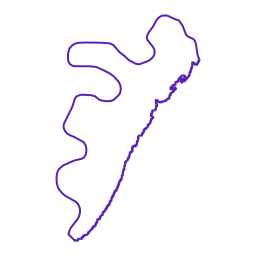 Nigua, San Cristóbal, Dominican Republic (Mercator projection)
{"feature_id": "3306468B31162099816687", "entity_name": "Nigua", "entity_type": "district", "adm_level": 2, "iso_a3": "DOM", "parent_name": "Dominican Republic", "parent_adm1": "San Cristóbal", "projection": "mercator", "projection_center": [-70.067, 18.358], "detail": "fine", "context": "isolated", "style": "outline", "palette": "violet", "viewbox_px": 256, "rotation_deg": 0, "n_neighbors": 0, "source": "geoboundaries", "source_scale": "gbopen_adm2", "svg_char_len": 5802}
<svg xmlns="http://www.w3.org/2000/svg" viewBox="0 0 256 256"><path d="M178.8,20.3L174.9,19.2L168.2,16.0L165.8,15.4L161.8,15.8L159.6,16.9L157.7,18.6L156.2,20.6L153.2,26.3L148.5,32.8L146.9,36.3L146.8,37.5L147.4,39.9L152.9,46.9L154.2,49.3L154.7,51.9L154.3,54.6L153.2,56.8L150.5,59.5L148.3,60.9L140.5,63.9L138.2,64.2L135.9,63.8L128.8,60.1L124.9,56.3L119.4,52.1L113.4,45.0L109.8,43.4L100.9,42.7L83.7,42.5L77.7,42.9L74.8,43.8L72.6,45.1L70.7,46.9L69.2,49.1L68.1,53.1L67.9,58.4L68.7,62.2L70.2,64.4L72.5,65.7L75.1,66.2L89.8,66.3L95.7,66.9L98.3,67.8L108.9,72.9L113.6,76.2L118.5,81.6L120.4,85.4L120.8,89.4L120.1,93.1L118.8,95.0L113.6,99.9L110.1,101.1L105.0,101.1L101.3,100.4L99.1,99.5L94.9,96.2L91.0,95.2L82.4,94.7L79.7,95.1L77.2,96.1L76.1,96.9L74.8,98.9L72.2,107.1L64.3,123.0L63.6,125.4L63.7,128.1L65.3,131.6L67.1,133.4L69.1,134.8L75.0,137.4L83.5,142.1L85.6,145.2L86.4,148.9L86.0,154.0L84.2,157.3L82.1,158.6L73.7,160.7L63.2,165.4L59.3,168.7L57.9,170.9L57.0,173.5L56.5,177.7L56.8,183.3L57.9,187.4L59.4,189.9L62.2,193.2L65.5,196.0L75.9,201.8L78.4,204.7L79.9,208.4L80.0,212.5L79.0,216.5L77.6,219.0L70.7,227.9L69.6,230.4L68.5,234.3L74.3,240.1L75.1,240.1L75.1,240.6L77.8,240.6L77.8,239.5L78.3,239.5L78.3,238.9L81.6,238.9L81.6,237.8L82.1,237.8L82.1,237.2L83.2,237.2L83.2,236.1L83.7,236.1L83.7,235.5L84.8,235.5L84.8,234.9L87.0,234.9L87.5,233.8L88.1,233.8L88.1,232.6L88.6,232.6L88.6,232.1L89.2,232.1L89.2,231.5L90.2,230.9L90.2,230.4L90.8,230.4L91.3,229.2L91.9,229.2L91.9,228.6L92.4,228.6L92.4,228.1L92.9,228.1L92.9,226.9L93.5,226.9L93.5,226.4L94.6,226.4L94.6,225.8L95.1,225.8L95.1,225.2L95.7,225.2L95.7,223.5L96.2,223.5L96.2,222.9L96.7,222.9L96.7,221.8L97.3,221.8L97.3,219.5L98.4,219.5L98.4,218.9L99.5,218.9L99.5,218.4L100.0,218.4L100.0,217.2L100.5,217.2L100.5,216.1L101.1,216.1L101.6,214.9L102.7,214.9L102.7,212.6L103.3,212.6L103.3,212.1L103.8,212.1L103.8,211.5L104.3,211.5L104.9,210.4L105.4,210.4L105.4,209.2L106.0,209.2L106.0,208.7L106.5,208.7L106.5,207.5L107.0,207.5L107.0,206.4L107.6,206.4L107.6,205.8L108.1,205.8L108.1,205.2L108.7,205.2L108.7,204.6L109.2,204.6L109.2,203.5L109.8,203.5L109.8,201.8L110.3,201.8L110.3,201.2L110.8,201.2L110.8,200.7L111.4,200.7L111.4,198.4L111.9,198.4L111.9,197.2L112.5,197.2L112.5,196.1L113.0,196.1L113.0,195.5L113.6,195.5L113.6,193.8L114.1,193.8L114.1,192.7L114.6,192.7L114.6,191.5L115.2,191.5L115.2,190.9L115.7,190.9L115.7,190.4L116.3,190.4L116.3,189.8L116.8,189.8L116.8,188.1L117.4,188.1L117.4,186.9L117.9,186.9L117.9,185.8L118.4,185.8L118.4,184.1L119.0,184.1L119.0,182.4L119.5,182.4L119.5,181.2L120.1,181.2L120.1,180.7L120.6,180.7L120.6,179.5L121.2,179.5L121.2,178.9L121.7,178.9L121.7,176.1L122.2,176.1L122.2,174.9L122.8,174.9L122.8,172.1L123.3,172.1L123.3,169.8L123.9,169.8L123.9,169.2L124.4,169.2L124.4,165.8L125.0,165.8L125.0,162.9L125.5,162.9L125.5,161.8L126.0,161.8L126.0,161.2L126.6,161.2L127.1,160.1L127.7,160.1L127.7,158.9L128.2,158.9L128.2,157.8L128.7,157.8L128.7,157.2L129.3,157.2L129.3,154.9L129.8,154.9L129.8,152.7L130.4,152.7L130.4,152.1L131.4,152.1L131.4,151.5L132.0,151.5L132.0,150.9L132.5,150.9L132.5,150.4L132.0,150.4L132.0,149.8L132.5,149.8L132.5,149.2L132.0,149.2L132.0,148.1L132.5,148.1L132.5,146.9L133.1,146.9L133.1,146.4L133.6,146.4L133.6,145.8L134.2,145.8L134.2,146.4L135.2,146.4L135.2,145.8L135.8,145.8L135.8,144.7L136.9,144.7L136.9,141.8L137.4,141.8L137.4,140.7L138.0,140.7L138.0,138.4L138.5,138.4L138.5,137.8L138.0,137.8L138.0,136.7L138.5,136.7L139.0,135.5L141.8,135.5L141.8,134.4L142.3,134.4L142.3,133.2L142.8,133.2L142.8,132.7L143.4,132.7L143.4,131.5L143.9,131.5L143.9,129.8L144.5,129.8L144.5,129.2L145.0,129.2L145.0,128.7L146.1,128.7L146.1,128.1L146.6,128.1L147.2,126.9L147.7,126.9L147.7,125.2L148.3,125.2L148.3,124.7L148.8,124.7L148.8,124.1L149.4,124.1L149.9,122.9L150.4,122.9L150.4,121.2L151.0,121.2L151.0,119.5L151.5,119.5L151.5,118.9L152.1,118.9L152.6,117.8L153.2,117.8L153.2,117.2L152.6,117.2L152.1,116.1L151.0,116.1L151.0,114.4L151.5,114.4L151.5,113.2L152.1,113.2L152.1,111.5L152.6,111.5L152.6,110.4L154.8,110.4L155.3,109.2L155.9,109.2L155.9,106.4L156.4,106.4L156.4,105.8L157.0,105.8L157.0,104.7L156.4,104.7L156.4,102.9L155.9,102.9L155.9,100.1L157.0,100.1L157.0,100.7L157.5,100.7L157.5,101.2L158.0,101.2L158.0,101.8L159.7,101.8L159.7,102.4L161.3,102.4L161.3,101.8L162.9,101.8L162.9,101.2L165.1,101.2L165.1,100.7L166.2,100.7L166.2,100.1L166.7,100.1L167.2,98.9L168.3,98.9L168.3,98.4L168.9,98.4L168.9,97.8L169.4,97.8L169.4,95.5L170.0,95.5L170.0,94.9L170.5,94.9L170.5,93.8L171.0,93.8L171.0,93.2L171.6,93.2L172.1,92.1L172.7,92.1L172.7,91.5L173.2,91.5L173.2,90.9L173.8,90.9L173.8,90.4L174.3,90.4L174.3,89.8L174.8,89.8L174.8,89.2L175.4,89.2L175.4,88.7L175.9,88.7L175.4,87.5L174.3,87.5L174.3,88.1L172.7,88.1L172.7,88.7L172.1,88.7L172.1,89.2L170.5,89.2L170.5,87.5L171.6,87.5L171.6,86.9L172.1,86.9L172.1,86.4L172.7,86.4L172.7,85.2L174.3,85.2L174.3,84.7L175.4,84.7L175.4,82.4L176.5,82.4L176.5,81.8L177.6,81.8L177.6,81.2L178.1,81.2L178.1,80.7L178.6,80.7L178.6,78.9L179.2,78.9L179.2,78.4L179.7,78.4L180.3,77.2L180.8,77.2L180.8,76.7L181.4,76.7L181.9,75.5L184.6,75.5L184.6,76.7L185.1,76.7L185.1,77.8L184.1,77.8L183.5,78.9L181.9,78.9L181.9,79.5L181.4,79.5L181.4,80.1L180.8,80.1L180.8,81.8L181.9,82.4L181.9,81.8L182.4,81.8L182.4,81.2L184.1,81.2L184.1,80.7L185.1,80.7L185.1,79.5L186.2,79.5L186.2,78.4L187.3,78.4L187.3,77.2L187.9,77.2L188.4,76.1L188.9,76.1L188.9,75.5L189.5,75.5L189.5,72.7L190.0,72.7L190.0,72.1L190.6,72.1L190.6,70.4L191.1,70.4L191.1,68.7L191.7,68.7L191.7,66.9L192.2,66.9L192.2,62.9L192.7,62.9L192.7,62.4L193.3,62.4L193.3,62.9L193.8,62.9L193.8,63.5L194.4,63.5L194.4,64.1L194.9,64.1L194.9,64.7L197.1,64.7L197.1,63.5L197.6,63.5L197.6,62.4L198.2,62.4L198.2,61.8L198.7,61.8L198.7,60.7L199.3,60.7L199.5,60.1L197.5,54.7L196.0,44.5L194.8,40.8L193.3,39.0L187.6,36.3L186.1,34.8L182.5,25.6L178.8,20.3Z" fill="none" stroke="#5b21b6" stroke-width="2"/></svg>